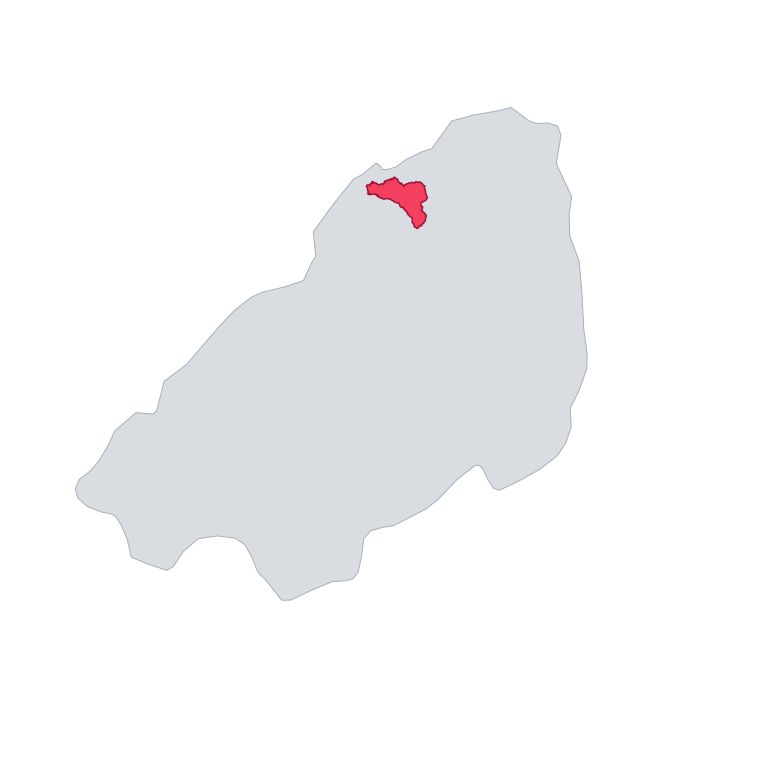 location of Bongo, Chhukha, Bhutan, rotated 137°
{"feature_id": "84629894B25129658957997", "entity_name": "Bongo", "entity_type": "district", "adm_level": 2, "iso_a3": "BTN", "parent_name": "Bhutan", "parent_adm1": "Chhukha", "projection": "robinson", "projection_center": [89.655, 26.924], "detail": "fine", "context": "in_parent", "style": "filled", "palette": "rose", "viewbox_px": 768, "rotation_deg": 137, "n_neighbors": 0, "source": "geoboundaries", "source_scale": "gbopen_adm2", "svg_char_len": 6948}
<svg xmlns="http://www.w3.org/2000/svg" viewBox="0 0 768 768"><g transform="rotate(137 384 384)"><path d="M604.7,330.2L603.6,335.0L598.6,347.8L595.3,361.7L598.2,373.1L609.7,386.7L625.1,397.5L644.7,398.4L662.7,394.2L670.0,395.9L679.9,414.0L686.9,429.7L677.5,445.9L672.4,460.1L670.6,470.2L671.8,474.6L677.7,482.7L684.5,496.6L685.6,509.4L681.3,517.9L672.0,522.1L662.1,520.9L653.9,521.0L643.7,522.5L627.7,527.2L612.8,533.3L584.9,532.2L573.6,519.6L568.4,519.5L543.0,535.9L515.3,533.0L464.9,538.5L443.8,539.8L422.2,538.0L411.2,534.5L390.8,523.0L372.4,514.6L353.6,522.3L347.0,523.7L332.0,543.4L299.4,549.9L266.8,554.6L257.2,552.0L238.9,550.9L238.2,546.3L238.8,541.8L234.6,538.2L227.2,534.6L214.4,533.0L198.0,528.1L188.5,523.5L155.2,530.3L135.7,520.0L113.7,505.7L102.5,499.5L98.5,477.5L94.6,470.4L85.9,462.9L81.1,454.1L85.0,445.1L107.0,428.3L108.8,424.4L119.0,393.0L133.1,381.6L147.1,365.7L157.6,340.6L177.9,314.7L200.2,288.2L215.6,266.6L225.7,256.6L246.7,245.8L264.2,239.4L276.3,225.0L290.9,217.0L306.0,213.4L328.3,215.3L349.3,220.5L372.3,227.6L375.0,233.4L373.1,243.7L369.8,254.1L369.6,259.4L373.2,262.3L395.7,264.3L423.3,262.7L438.8,264.1L473.3,273.7L483.5,280.5L494.0,285.7L504.3,284.8L517.3,273.7L531.0,264.2L539.5,262.7L545.6,265.8L556.7,274.8L579.4,283.2L599.7,289.6L606.3,295.6L604.2,321.6L604.7,330.2Z" fill="#d9dde1" stroke="#a8b0b8" stroke-width="1"/><path d="M224.9,490.9L224.9,492.0L224.8,492.3L224.5,492.6L224.2,493.1L224.1,493.4L223.9,493.8L223.4,494.7L223.4,495.5L223.0,495.8L222.3,496.7L222.0,496.9L221.7,497.3L221.5,497.9L221.3,498.3L220.8,499.7L220.5,500.1L219.5,500.6L219.1,500.9L219.1,501.3L219.5,502.0L219.6,502.7L219.6,503.2L219.5,503.8L219.4,504.3L219.5,506.0L219.6,506.4L220.4,507.7L221.1,508.2L222.4,509.5L222.6,509.8L222.8,510.2L222.8,510.3L223.0,510.3L223.4,510.2L223.9,510.0L224.1,510.0L224.4,510.1L224.9,510.6L224.9,510.9L225.1,511.1L225.3,511.2L225.4,511.6L225.9,512.0L226.4,512.7L226.9,512.9L227.3,513.0L227.9,513.3L228.0,513.4L228.3,513.8L228.6,514.0L229.2,514.1L229.7,514.0L230.3,514.6L230.6,514.8L230.8,515.0L231.0,515.0L231.3,514.7L231.5,514.8L232.0,515.0L232.3,515.3L233.4,515.5L233.5,515.4L233.8,515.3L234.0,515.4L234.9,515.4L234.8,515.7L234.7,515.9L234.7,516.2L234.6,516.8L234.5,517.0L234.3,517.3L234.3,518.6L234.4,518.8L235.0,518.7L235.3,518.8L235.5,519.1L235.5,519.5L235.4,519.6L235.1,519.6L235.1,519.9L235.1,520.2L235.1,520.3L235.3,520.6L235.5,520.9L235.6,521.0L235.4,521.3L235.3,521.5L235.3,522.2L235.1,522.9L235.2,523.3L235.1,523.8L234.5,524.3L234.3,524.5L234.4,524.9L234.9,525.5L235.1,526.2L235.2,526.6L235.3,527.0L235.1,527.8L235.1,528.0L235.6,528.2L236.3,528.4L236.5,528.4L236.8,528.2L237.3,527.6L237.6,527.6L238.1,528.0L238.5,528.1L238.6,528.3L238.5,528.8L238.5,529.0L238.9,529.2L239.2,529.2L239.4,529.2L239.9,528.7L240.1,528.7L240.2,528.9L240.2,529.1L240.1,529.5L240.3,529.8L240.8,530.2L241.3,530.3L241.5,530.2L241.7,529.8L241.8,529.7L242.0,529.8L242.4,530.3L243.0,530.8L243.2,531.0L243.4,531.3L243.6,531.4L243.9,531.4L244.1,530.9L244.3,530.8L244.5,530.8L244.8,531.0L245.1,531.7L245.3,531.8L245.7,531.9L245.8,531.8L245.9,531.6L245.9,531.2L246.1,531.0L246.3,530.8L246.6,530.8L246.8,531.0L247.0,531.0L247.6,530.7L248.0,530.6L248.5,530.7L248.9,530.8L249.0,531.2L248.8,531.5L248.8,531.8L249.3,532.2L250.1,532.2L250.3,532.4L250.8,532.6L251.7,533.2L252.2,533.5L252.6,533.6L252.8,533.8L252.8,534.4L252.4,534.9L252.3,535.3L252.4,535.5L252.7,535.9L252.9,536.3L252.9,536.7L252.9,537.0L253.2,537.2L253.9,537.6L254.2,537.8L254.3,538.0L254.3,538.5L254.0,539.1L254.0,539.5L254.2,539.8L254.5,540.0L254.9,540.1L255.0,540.0L255.2,539.7L255.0,538.5L255.2,538.4L255.4,538.4L256.0,538.8L256.5,539.2L256.9,539.8L257.2,539.9L257.3,539.9L257.6,539.6L258.0,539.0L258.4,538.6L258.6,538.5L258.9,538.5L259.3,539.9L259.7,540.5L260.5,540.9L261.6,540.9L262.0,540.5L262.2,540.2L262.2,539.6L262.3,539.2L262.6,538.4L262.8,538.1L263.6,537.3L264.0,536.6L264.2,536.3L264.2,535.9L264.1,535.4L264.1,535.1L264.3,535.0L264.6,535.0L264.7,534.9L264.8,534.7L264.8,534.4L265.0,534.2L265.1,533.9L265.4,533.9L265.9,534.4L266.1,533.8L266.1,533.5L265.8,533.1L265.0,532.8L264.9,532.7L265.1,531.8L265.0,531.7L264.8,531.7L264.4,531.9L264.1,531.8L264.1,531.7L263.8,531.4L263.7,531.4L263.4,530.8L263.3,530.7L263.2,530.6L262.8,530.5L261.7,529.6L261.6,529.2L261.4,529.0L261.2,529.1L260.8,528.9L260.7,528.7L260.8,528.4L260.7,528.1L260.9,527.8L260.9,527.7L260.6,527.4L260.4,527.4L260.3,527.1L260.2,527.0L260.1,526.9L259.7,526.8L259.6,526.7L259.8,526.5L259.8,525.9L259.9,525.7L260.0,525.7L260.2,525.8L260.2,526.2L260.4,526.3L260.7,526.4L260.8,526.2L260.9,525.7L260.7,525.2L260.4,524.9L260.2,525.0L260.1,524.9L260.2,524.6L260.3,524.3L260.3,524.2L260.1,523.9L260.2,523.7L260.1,523.4L259.8,522.8L259.6,522.6L259.3,522.4L259.2,521.8L259.2,521.5L258.9,521.3L258.9,521.2L258.9,520.9L258.6,520.3L258.4,520.2L258.3,519.8L257.8,519.0L257.2,518.7L256.6,518.7L256.2,518.3L255.9,518.1L255.6,517.8L255.5,517.6L254.8,516.8L254.6,516.7L254.3,516.5L254.2,515.8L254.0,515.5L253.4,515.1L253.3,514.9L253.2,514.4L253.2,514.2L253.2,513.9L253.0,513.4L252.9,513.1L252.9,512.6L252.4,512.0L252.5,511.8L252.5,511.5L252.4,511.2L252.1,510.7L252.1,510.2L252.2,509.9L252.1,509.7L251.9,509.4L251.6,508.6L251.3,508.3L251.0,508.0L250.5,506.7L250.3,506.5L249.9,506.1L249.9,505.9L249.9,505.6L250.5,504.5L250.7,503.6L251.1,502.9L251.0,501.7L250.9,501.5L250.7,501.0L250.5,500.5L250.3,500.4L250.1,500.4L249.8,500.5L249.6,500.2L249.4,500.0L249.3,499.9L249.4,499.3L249.6,499.1L250.0,498.7L250.2,497.8L250.1,497.3L250.3,496.7L249.9,495.4L249.8,495.1L249.9,494.7L250.2,493.9L250.2,493.7L250.0,493.3L250.0,493.2L250.3,493.1L250.7,492.6L250.8,491.8L250.9,491.5L251.0,491.3L250.8,490.5L250.9,489.7L250.8,489.2L250.6,488.0L250.2,486.1L250.2,485.9L250.3,485.9L250.7,485.7L250.9,485.6L251.3,484.9L252.2,483.7L252.3,483.5L253.0,483.2L253.3,482.5L253.1,481.1L253.3,480.7L253.3,480.2L253.5,480.0L254.1,479.3L254.5,478.7L254.5,478.3L254.5,477.8L254.2,477.4L254.0,476.9L253.8,476.5L253.9,476.1L253.9,475.7L253.8,475.3L253.3,475.1L252.9,474.8L252.4,474.8L252.0,474.8L251.2,475.1L250.9,475.1L250.6,475.1L249.8,475.2L249.3,475.2L248.9,474.7L248.7,474.1L248.3,474.5L247.7,474.7L247.2,474.8L246.1,474.7L245.8,474.6L245.4,474.5L244.8,475.0L244.2,475.1L243.5,475.0L242.8,475.3L242.2,475.4L241.8,475.6L241.3,476.4L240.8,476.6L240.5,476.9L240.2,477.0L239.8,477.5L239.6,477.6L239.3,477.6L239.0,477.7L238.8,477.9L238.3,478.1L238.2,478.4L238.1,479.2L237.8,479.9L237.8,480.2L237.8,481.6L237.8,482.3L238.0,482.7L238.0,484.1L238.2,484.6L238.6,485.0L238.3,485.3L238.1,485.4L237.5,485.4L236.7,485.6L236.6,485.9L236.4,486.3L236.2,486.3L235.9,486.4L235.7,486.5L235.6,487.0L235.2,487.0L234.9,487.4L234.9,487.7L235.0,488.2L235.3,488.7L235.3,489.1L235.1,489.0L234.9,489.2L234.9,489.6L234.9,489.8L234.0,490.7L233.4,491.2L233.1,491.2L232.8,491.1L232.4,491.1L231.9,491.3L231.6,491.0L231.4,490.6L231.2,490.5L228.9,490.1L228.5,489.9L227.8,490.0L226.7,490.1L225.9,490.6L224.9,490.9Z" fill="#f43f5e" stroke="#9f1239" stroke-width="1.5"/></g></svg>